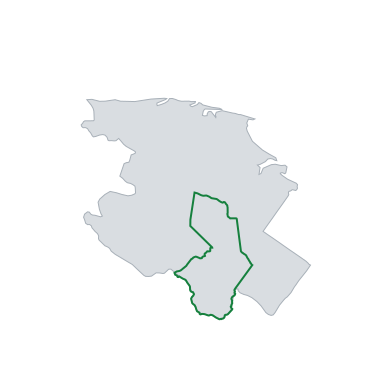 location of Ogooué-Ivindo within Gabon, rotated 125°
{"feature_id": "GAB-2186", "entity_name": "Ogooué-Ivindo", "entity_type": "Province", "adm_level": 1, "iso_a3": "GAB", "parent_name": "Gabon", "parent_adm1": "", "projection": "equal_earth", "projection_center": [13.011, 0.34], "detail": "fine", "context": "in_parent", "style": "outline", "palette": "green", "viewbox_px": 384, "rotation_deg": 125, "n_neighbors": 0, "source": "natural_earth", "source_scale": "10m", "svg_char_len": 6532}
<svg xmlns="http://www.w3.org/2000/svg" viewBox="0 0 384 384"><g transform="rotate(125 192 192)"><path d="M248.5,59.2L248.4,62.3L245.7,70.0L244.5,75.9L244.2,82.2L244.9,87.2L246.2,90.8L247.0,94.8L246.4,97.5L245.1,98.7L246.0,100.1L247.9,100.4L251.1,99.2L256.1,97.1L262.7,94.1L267.0,92.4L274.2,93.5L278.0,94.6L279.9,96.7L282.0,105.8L283.1,107.1L284.8,111.0L286.3,115.6L286.6,117.9L286.4,119.6L285.0,122.1L283.3,125.8L282.7,128.0L281.4,129.6L279.7,131.3L274.9,131.9L274.2,132.9L272.8,136.8L270.3,140.1L269.2,143.2L268.1,147.4L268.3,152.5L267.8,160.0L267.3,165.0L268.6,166.8L274.3,168.0L275.4,169.0L276.9,172.1L278.8,175.0L284.1,176.9L286.1,179.1L287.7,181.6L287.9,183.6L286.8,191.7L285.6,199.4L286.1,205.3L286.5,210.9L287.1,219.1L286.8,224.2L285.4,227.2L285.4,229.6L286.0,232.5L284.7,240.5L283.9,241.8L281.5,243.3L280.3,245.5L279.9,248.8L278.7,253.4L277.4,255.1L277.4,257.3L278.6,258.8L278.6,261.2L276.3,264.1L274.9,266.3L271.8,267.3L268.2,266.2L267.4,264.6L268.2,262.1L267.9,260.2L266.7,258.1L264.8,252.7L263.1,251.6L262.2,253.8L259.3,257.9L254.2,263.1L250.6,263.5L244.0,261.9L238.5,259.4L235.9,253.3L234.3,248.2L231.9,242.3L229.3,239.6L226.4,237.8L225.2,237.7L221.1,240.9L219.9,242.2L219.9,245.0L220.3,247.5L220.9,248.8L221.5,250.4L221.4,253.0L220.6,256.4L220.4,260.2L207.7,263.9L205.5,262.5L203.9,260.8L202.0,261.1L196.5,263.1L194.5,261.7L192.5,260.7L191.5,261.5L191.5,263.2L192.4,272.0L192.1,275.4L190.9,279.8L190.2,282.8L193.6,283.7L194.8,285.1L196.0,287.3L197.6,289.4L197.7,290.6L195.9,292.9L195.3,295.8L196.1,298.0L198.4,300.4L201.8,302.8L203.4,304.4L203.2,305.8L201.7,308.9L201.1,311.5L200.0,313.9L200.3,316.1L201.8,318.1L201.6,319.9L200.6,321.3L198.5,321.0L196.7,321.2L195.2,320.6L190.2,313.6L189.1,313.4L182.0,318.8L180.2,321.0L178.7,324.2L176.7,331.1L173.5,327.1L170.7,319.7L167.4,315.2L160.5,307.9L158.6,302.6L150.7,290.7L139.4,278.9L131.2,268.6L129.9,266.3L131.3,266.6L139.2,271.7L140.3,271.1L141.2,270.0L137.8,267.3L134.6,265.2L131.5,263.9L128.4,264.0L126.7,261.8L125.6,258.5L125.0,255.7L123.7,252.7L119.3,246.6L118.3,244.3L115.9,241.1L117.3,240.6L122.0,243.7L122.4,242.5L122.0,240.7L117.3,237.8L114.8,237.6L114.2,235.5L114.5,233.2L111.2,224.3L107.7,217.6L107.1,214.5L116.5,228.9L117.8,229.2L119.4,229.1L123.3,227.4L122.6,225.5L120.8,223.4L119.1,224.4L116.9,224.6L115.8,223.7L115.2,222.2L117.4,215.2L116.5,215.6L115.8,216.8L114.6,217.4L112.7,217.8L108.1,214.0L104.0,203.9L102.9,201.8L101.8,198.2L100.8,196.8L96.1,182.4L97.9,183.4L100.0,187.6L104.1,186.7L105.8,184.3L107.2,184.4L108.6,183.9L110.5,181.6L115.8,171.6L117.2,158.5L116.7,150.7L115.9,143.0L117.7,140.5L118.4,142.2L118.7,144.9L119.6,146.9L121.5,148.8L125.0,149.3L130.4,152.1L132.4,153.9L132.9,150.3L139.2,147.2L137.3,146.1L131.7,147.3L124.1,142.7L121.5,139.7L119.2,134.1L116.7,131.2L116.9,128.6L122.4,126.2L123.8,126.4L124.4,129.3L125.9,130.5L126.4,130.1L126.7,127.7L126.7,121.0L125.0,111.6L125.5,109.7L127.1,109.1L128.4,107.8L129.3,107.6L131.2,107.8L132.1,110.0L132.6,111.2L134.5,111.8L136.0,113.0L137.4,112.6L138.5,111.3L140.1,111.0L145.1,111.0L149.6,111.0L158.6,111.1L167.7,111.1L176.7,111.2L183.5,111.2L183.5,105.8L183.4,97.4L183.4,87.5L183.4,78.1L183.3,69.3L183.3,58.9L183.7,56.0L184.1,54.7L183.9,53.0L190.9,52.9L203.6,53.7L209.1,53.6L210.7,53.7L217.6,53.2L223.2,53.8L225.5,54.6L227.7,54.9L234.4,55.4L243.1,54.8L246.1,55.0L247.7,56.4L248.5,59.2Z" fill="#d9dde1" stroke="#a8b0b8" stroke-width="1"/><path d="M244.9,101.2L245.3,101.3L245.9,101.1L247.1,101.2L247.8,101.1L248.4,100.7L249.0,99.7L249.6,99.6L250.2,99.4L250.4,98.6L250.6,98.2L251.3,98.0L252.0,97.9L252.5,97.9L253.7,98.5L254.7,98.8L255.7,98.8L256.8,98.5L257.2,98.1L258.0,96.7L259.2,96.1L259.6,95.6L260.1,95.2L260.8,95.1L261.1,95.1L261.4,95.1L262.0,94.9L262.6,94.4L262.8,94.3L263.0,94.3L263.4,94.6L263.5,94.6L263.8,94.4L264.4,93.3L264.7,92.1L264.7,91.9L265.2,91.7L271.4,92.5L272.0,92.7L272.6,93.2L273.1,93.8L273.6,94.3L274.3,94.4L275.5,93.8L276.1,93.6L276.8,93.6L278.1,94.1L278.4,94.4L278.6,94.7L278.8,94.9L279.2,95.0L279.3,95.3L279.3,95.5L279.6,95.8L280.0,96.0L280.4,96.4L280.6,96.9L281.0,99.7L281.1,100.8L281.1,104.2L281.4,105.3L281.9,106.3L283.5,107.3L283.9,108.2L284.5,110.5L284.8,111.5L285.3,112.5L285.8,113.4L286.5,114.2L287.3,114.7L287.5,115.1L287.5,115.7L287.2,116.1L286.8,116.4L286.5,116.8L286.6,117.3L286.8,119.4L285.7,121.2L284.2,123.0L283.2,124.9L283.1,127.2L282.9,128.1L280.4,131.0L280.1,131.4L279.7,131.6L278.0,131.8L276.1,131.5L274.5,131.8L273.5,133.7L273.9,134.6L274.1,135.5L273.9,136.4L273.3,137.4L270.9,139.2L270.2,140.2L269.0,143.8L267.9,146.1L267.7,147.1L267.9,148.3L268.2,149.6L268.3,150.7L268.5,154.0L268.7,154.3L269.1,154.3L269.5,154.4L269.8,154.9L269.7,155.4L269.2,156.2L269.1,156.7L269.2,157.3L269.3,157.8L269.4,158.3L269.0,158.9L268.7,159.3L268.3,160.0L268.2,160.0L265.8,158.9L264.2,157.3L263.4,156.7L262.8,156.3L256.1,154.4L255.6,154.3L254.3,154.4L248.1,154.1L247.4,154.1L247.2,154.0L246.8,153.8L246.5,153.5L246.1,153.4L245.3,153.4L244.9,153.3L244.5,153.1L244.1,152.8L242.9,152.0L242.7,151.6L242.5,151.2L241.9,148.5L241.8,147.6L241.7,147.3L241.1,146.7L240.7,146.1L240.4,146.0L239.4,146.2L239.1,146.2L238.8,146.1L238.6,146.0L238.4,145.8L237.7,145.3L237.2,144.8L236.9,144.7L236.0,145.8L235.6,146.1L235.1,146.2L234.7,146.1L233.7,145.7L232.9,145.6L232.3,145.6L231.9,145.5L231.6,145.2L231.4,144.8L231.2,144.4L230.9,144.0L230.6,143.7L230.3,143.4L229.8,143.3L227.7,144.7L227.3,144.8L227.0,144.8L226.7,144.5L226.4,144.2L226.2,143.8L226.0,143.5L225.8,143.7L220.8,173.9L215.5,177.5L191.0,189.6L190.0,186.8L189.9,186.4L189.4,182.8L188.9,181.3L188.5,180.5L188.2,180.1L187.0,178.7L186.7,178.3L186.5,177.8L186.0,175.5L185.9,174.8L185.9,173.7L185.9,173.0L185.8,172.4L185.6,171.9L183.9,168.4L183.7,168.0L183.6,167.6L183.6,167.1L183.6,166.0L183.7,164.8L183.6,162.8L183.3,161.2L183.2,160.9L182.9,160.6L182.7,160.5L182.3,160.4L182.1,160.3L181.9,160.1L181.8,159.9L181.7,159.5L181.6,159.1L181.7,158.7L182.3,157.3L182.6,155.9L182.8,155.4L183.7,154.6L184.2,154.0L188.8,150.7L189.4,150.6L189.8,150.4L190.2,149.8L190.6,149.5L191.3,148.8L191.5,148.3L191.6,147.7L191.5,147.1L191.7,145.6L188.3,140.8L188.2,140.4L188.2,140.2L188.5,139.8L212.4,118.0L212.6,117.6L212.7,117.2L212.9,116.0L212.9,115.8L212.9,115.7L212.8,115.4L212.8,115.2L212.9,114.7L212.9,114.4L212.8,112.8L212.8,111.9L212.9,111.2L213.0,111.1L213.9,109.4L214.2,108.8L214.6,107.8L214.6,107.5L214.7,107.3L214.8,107.1L215.3,106.3L215.4,106.1L216.0,104.4L216.4,103.9L216.6,103.6L216.6,102.9L216.7,102.6L216.8,102.4L217.2,101.8L217.2,101.7L217.3,101.5L217.3,101.0L217.3,100.7L244.9,101.2Z" fill="none" stroke="#15803d" stroke-width="2"/></g></svg>